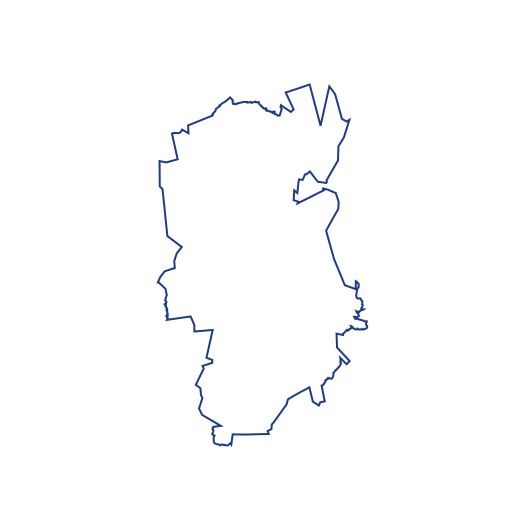 San Bernardo, Durango, Mexico, rotated 209°
{"feature_id": "50627088B70789765036822", "entity_name": "San Bernardo", "entity_type": "district", "adm_level": 2, "iso_a3": "MEX", "parent_name": "Mexico", "parent_adm1": "Durango", "projection": "albers", "projection_center": [-105.703, 26.184], "detail": "fine", "context": "isolated", "style": "outline", "palette": "blue", "viewbox_px": 512, "rotation_deg": 209, "n_neighbors": 0, "source": "geoboundaries", "source_scale": "gbopen_adm2", "svg_char_len": 6046}
<svg xmlns="http://www.w3.org/2000/svg" viewBox="0 0 512 512"><g transform="rotate(209 256 256)"><path d="M386.4,292.2L384.8,289.5L373.9,270.2L370.2,269.2L343.2,230.5L325.3,227.9L326.6,219.7L324.9,211.6L321.2,206.2L328.4,198.4L329.5,191.4L329.0,185.3L328.0,185.6L319.3,183.5L315.0,178.4L314.7,175.5L314.4,175.2L314.3,174.1L313.6,173.4L313.7,173.1L312.2,172.6L311.9,171.9L311.9,171.7L312.3,170.4L311.8,170.5L311.6,170.4L311.6,170.1L311.7,169.9L312.0,169.7L312.1,169.3L311.1,169.3L310.9,169.1L311.2,168.9L310.8,168.2L310.4,168.2L309.4,167.3L308.9,167.3L308.2,166.8L307.8,166.1L308.2,165.6L308.2,165.4L307.9,165.1L307.5,165.4L307.1,165.2L306.8,164.5L306.8,164.3L305.5,162.9L305.8,162.8L305.7,162.6L305.3,162.6L305.1,162.2L305.3,160.5L305.0,160.7L304.3,160.8L304.3,160.2L304.0,159.5L303.9,158.8L303.7,158.8L303.6,159.0L303.3,159.1L303.0,158.6L303.0,158.2L302.9,158.0L302.9,157.0L283.9,171.4L276.5,165.8L273.3,160.1L258.0,170.3L250.0,143.0L243.8,143.9L242.5,141.3L249.4,134.0L247.1,132.1L246.2,114.2L240.5,113.4L236.8,107.8L234.0,105.8L231.9,95.0L226.0,90.9L204.4,90.4L210.6,85.8L210.3,85.1L210.4,84.9L210.5,84.3L210.1,83.7L209.9,83.9L209.6,83.8L209.6,83.1L208.8,82.8L208.4,82.1L208.0,80.8L208.2,79.4L208.1,79.2L207.3,78.7L206.2,78.8L205.4,79.0L205.2,78.9L204.9,76.4L202.6,72.7L202.1,72.4L201.1,72.1L199.8,72.4L198.7,72.5L197.5,73.0L196.8,73.0L195.9,73.3L195.3,73.2L195.2,73.6L195.0,74.0L194.0,74.9L192.5,75.0L191.7,75.4L191.7,75.6L191.3,75.8L190.5,75.8L189.9,76.1L188.7,76.9L188.5,77.3L188.4,78.0L187.8,79.0L187.6,79.8L187.1,79.8L186.3,79.3L189.9,88.7L180.3,93.8L158.6,106.5L161.0,108.6L158.6,112.0L160.5,116.4L159.9,118.8L157.3,141.2L158.6,146.0L156.2,150.3L150.8,159.1L145.6,167.0L135.7,156.2L128.5,155.7L128.9,159.2L125.4,162.2L135.8,174.5L135.5,174.9L135.1,174.9L135.0,175.6L134.7,176.2L134.8,176.8L134.5,177.3L134.6,178.0L134.3,179.1L135.0,180.5L134.8,180.9L134.9,181.3L134.7,181.4L134.8,181.6L134.3,182.3L134.3,182.5L134.2,182.7L133.9,182.8L133.9,183.7L133.4,183.5L133.2,183.8L133.1,184.7L131.9,184.8L130.3,185.4L130.0,186.2L130.3,188.3L130.6,189.5L131.0,190.4L131.6,191.0L131.7,191.3L131.0,193.6L131.0,194.1L131.2,194.6L131.0,194.9L130.5,195.3L130.5,196.1L130.0,197.4L130.0,198.7L129.5,199.4L129.5,201.0L129.6,201.8L129.4,202.9L129.6,203.5L130.6,203.8L130.8,204.8L131.4,205.2L131.8,206.6L132.8,207.7L124.3,205.3L123.2,209.5L140.8,215.3L147.9,227.1L141.7,229.1L142.0,229.4L142.2,230.1L141.8,230.9L141.5,232.3L141.3,232.7L140.9,234.1L141.0,234.6L140.8,235.3L140.5,235.5L140.2,235.3L139.6,235.2L139.1,235.7L139.3,236.3L139.2,236.8L138.6,237.4L138.3,238.4L138.0,238.8L137.6,239.0L137.8,239.8L138.6,240.4L138.4,240.6L138.8,240.8L138.5,240.9L137.9,240.6L137.1,240.6L137.1,240.4L136.1,240.0L135.4,240.0L135.3,239.9L133.8,239.9L133.3,240.1L132.7,240.5L132.2,240.6L131.8,241.2L131.9,241.5L131.3,241.4L130.8,241.7L130.4,241.7L130.1,241.9L129.7,241.8L129.2,242.1L128.9,242.6L128.7,242.7L128.1,243.1L128.0,243.4L127.5,243.3L126.4,243.7L126.2,244.4L125.9,244.6L125.9,244.8L125.3,245.0L125.0,245.6L124.3,246.2L124.2,247.0L124.3,247.8L125.0,248.8L126.1,249.1L126.6,249.5L127.0,250.4L127.2,252.2L127.4,252.4L127.5,252.2L128.0,252.3L129.2,251.5L130.2,251.4L130.9,251.6L132.0,251.2L133.0,251.2L133.5,250.8L134.3,250.8L135.4,250.3L135.6,250.3L135.8,250.5L137.0,250.5L137.3,249.9L138.7,249.2L139.1,249.3L140.3,250.1L140.6,250.2L140.8,250.4L140.0,250.8L139.6,250.6L139.3,250.8L138.8,250.6L138.7,250.7L137.5,252.3L137.0,253.6L137.5,253.7L137.8,254.0L138.4,255.1L139.3,255.8L139.6,255.8L140.0,255.4L140.3,255.4L140.6,255.6L141.4,256.3L140.5,256.3L140.3,256.6L139.6,256.7L138.7,257.1L138.6,257.9L138.3,258.1L138.3,258.5L138.0,259.0L137.8,259.7L137.4,260.3L136.6,260.4L136.4,260.6L136.0,261.5L137.7,260.6L138.1,260.6L138.3,260.8L138.5,261.1L138.5,263.5L138.8,264.7L139.2,265.1L139.7,265.1L140.2,266.4L141.2,268.1L141.9,268.1L142.5,268.3L143.5,269.4L144.3,269.4L144.8,269.3L145.7,268.3L147.4,268.2L147.8,268.4L148.9,269.6L149.4,270.3L149.5,270.9L150.9,274.4L151.3,276.3L151.3,278.4L151.2,278.6L151.3,278.7L151.3,279.0L151.6,279.4L152.2,280.0L152.4,281.2L153.2,281.6L154.1,281.7L155.4,282.4L155.8,282.3L155.9,282.0L156.4,282.1L152.7,275.4L164.1,273.5L186.3,291.2L207.0,312.2L206.9,337.3L210.0,343.5L216.7,349.7L225.6,348.8L230.1,347.7L230.1,347.4L228.4,346.6L245.1,322.2L245.3,324.0L250.1,323.1L254.4,331.9L250.4,331.1L254.5,340.9L255.5,343.8L252.1,345.2L252.7,351.2L251.3,352.1L249.9,356.1L238.0,350.9L230.0,353.9L230.0,355.3L231.0,356.4L230.6,379.3L237.1,391.9L236.6,402.3L240.3,420.4L242.0,417.5L247.3,417.6L265.3,435.9L274.1,439.9L262.7,401.2L292.2,432.0L301.0,422.3L309.3,413.4L294.1,402.4L295.4,398.9L307.3,400.0L306.6,397.9L304.8,397.3L303.4,390.2L304.0,389.8L305.2,389.3L305.7,389.4L306.1,389.8L306.5,389.8L308.6,389.2L309.2,389.9L309.3,390.1L309.3,390.9L309.7,391.3L310.7,390.8L310.9,390.5L310.7,390.1L311.3,390.0L311.1,389.2L311.3,389.2L311.7,389.4L312.1,389.3L312.8,389.5L313.5,389.5L314.0,388.9L314.9,388.8L315.4,389.0L315.7,389.1L316.3,388.5L317.7,388.1L318.0,388.3L318.3,388.7L318.2,389.7L318.6,390.2L318.8,390.1L319.7,389.1L320.8,389.1L321.0,388.8L321.4,388.8L322.8,389.6L323.0,389.4L323.7,389.4L324.9,390.1L326.6,390.4L327.4,391.0L327.7,391.1L328.2,391.9L328.4,391.9L328.6,391.6L329.6,391.1L330.4,390.4L330.7,390.4L331.4,390.7L334.1,387.8L334.8,388.3L337.9,386.0L338.3,386.5L341.6,384.7L343.3,383.0L344.0,382.6L344.5,381.7L345.4,381.2L345.8,381.1L346.5,380.2L346.4,379.8L347.3,379.1L347.4,378.8L347.6,378.7L348.1,378.6L348.5,378.9L349.8,377.9L351.2,379.3L351.4,380.4L351.7,380.8L353.4,381.5L355.6,382.1L355.9,380.9L357.4,377.0L357.8,376.4L357.8,376.1L358.3,375.2L359.1,374.0L359.5,373.0L360.1,371.8L360.5,370.6L360.4,370.5L360.2,369.7L360.6,369.4L360.9,369.5L360.8,368.4L362.3,365.3L361.8,363.1L362.2,361.6L362.5,361.0L362.5,360.6L362.3,359.5L362.8,359.2L362.8,358.7L362.0,357.9L378.7,337.3L374.6,330.6L381.9,330.7L381.7,329.7L381.9,329.6L381.8,329.0L382.1,328.3L382.1,327.6L382.4,326.8L383.6,325.7L386.1,324.6L386.2,324.3L387.4,323.9L388.3,323.0L388.8,322.3L371.4,302.6L379.8,294.4L386.4,292.2Z" fill="none" stroke="#1e3a8a" stroke-width="2"/></g></svg>